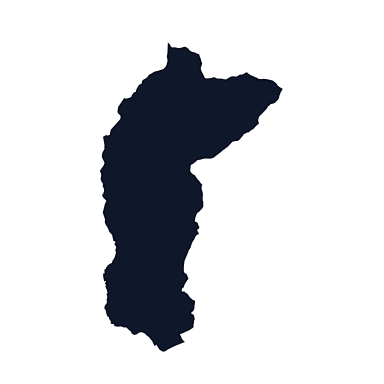 Halmagel, Arad, Romania (Robinson projection), rotated 348°
{"feature_id": "2599482B92000052387360", "entity_name": "Halmagel", "entity_type": "district", "adm_level": 2, "iso_a3": "ROU", "parent_name": "Romania", "parent_adm1": "Arad", "projection": "robinson", "projection_center": [22.664, 46.307], "detail": "fine", "context": "isolated", "style": "filled", "palette": "ink", "viewbox_px": 384, "rotation_deg": 348, "n_neighbors": 0, "source": "geoboundaries", "source_scale": "gbopen_adm2", "svg_char_len": 5922}
<svg xmlns="http://www.w3.org/2000/svg" viewBox="0 0 384 384"><g transform="rotate(348 192 192)"><path d="M271.0,138.4L270.9,137.3L270.7,135.7L271.4,134.2L272.4,132.2L273.0,131.5L275.3,130.0L278.2,128.1L279.8,127.0L282.3,125.1L283.9,123.1L285.3,122.9L286.4,121.9L287.3,121.6L289.0,121.6L289.8,121.7L291.8,121.1L292.4,120.5L294.5,119.3L296.0,117.7L296.8,115.6L297.8,114.3L299.1,112.2L300.2,111.3L300.4,110.7L301.1,110.0L300.5,109.5L298.7,107.8L297.4,106.3L297.0,105.4L296.6,104.1L295.3,102.2L294.1,100.9L293.6,100.4L292.8,99.9L291.7,99.5L289.4,98.3L288.3,97.9L285.8,97.0L284.3,96.8L283.3,96.8L281.3,96.2L279.8,95.6L279.0,94.5L277.2,93.4L276.6,92.9L275.8,92.3L272.9,90.4L272.0,89.2L270.0,87.0L267.8,87.8L265.3,88.5L264.7,88.2L263.5,88.0L262.8,88.0L260.1,89.1L259.3,89.1L257.9,88.7L256.4,88.1L254.5,88.0L253.0,88.3L252.0,88.6L249.2,89.7L248.2,89.6L246.2,88.9L245.1,88.4L244.5,88.1L243.5,87.8L242.5,87.6L241.6,87.4L240.7,87.2L240.0,86.9L239.3,86.6L238.5,85.9L237.9,85.4L237.7,85.2L237.3,85.2L236.7,85.1L236.2,85.0L235.7,85.2L234.5,85.3L231.2,85.0L230.5,84.9L228.7,84.3L227.5,83.5L227.2,81.7L226.7,79.6L226.2,77.8L225.6,76.2L225.6,74.9L225.6,74.0L225.2,73.3L225.9,71.9L227.0,69.9L227.9,68.2L227.8,67.2L227.6,66.5L227.6,65.5L227.4,64.5L227.6,63.5L227.3,63.0L227.2,62.5L227.1,61.4L227.0,61.0L226.9,60.0L227.0,59.6L226.7,59.1L226.1,58.8L224.8,57.9L223.2,56.7L221.4,55.9L220.9,55.7L219.6,54.6L218.9,53.8L218.1,53.0L217.8,51.7L216.5,50.4L215.9,49.6L215.0,49.2L214.3,49.1L213.4,49.2L212.6,49.4L211.8,49.3L210.9,49.3L210.1,49.5L209.4,49.4L208.1,49.0L207.3,48.7L206.5,48.2L205.7,47.9L205.2,47.7L203.0,47.2L202.2,47.1L201.6,46.9L201.4,46.4L201.0,45.9L200.5,44.5L200.5,43.9L200.4,43.4L199.8,42.5L197.7,50.8L196.3,54.4L196.2,58.6L194.5,62.1L192.6,64.8L189.8,66.5L184.7,67.1L180.5,67.2L176.6,68.6L175.0,68.9L173.6,70.0L172.7,71.0L170.2,72.1L167.8,72.8L166.9,73.5L166.4,75.0L165.4,76.4L163.2,76.7L161.9,77.8L160.3,79.6L159.8,80.3L159.1,81.2L158.8,82.6L157.8,83.2L156.1,83.2L155.2,84.2L154.5,84.7L153.7,85.6L152.8,87.2L149.6,87.7L146.6,87.7L145.2,87.0L138.2,93.8L136.5,98.1L136.8,99.5L138.7,102.2L138.2,105.3L136.8,106.9L126.1,114.7L125.0,117.2L124.4,119.0L123.8,119.7L121.4,120.1L119.6,119.3L117.2,120.1L116.9,128.3L116.2,130.1L116.4,131.2L115.6,132.6L113.4,135.0L112.1,137.7L112.0,139.9L113.2,144.4L113.0,146.1L111.9,147.9L107.2,152.4L107.1,153.3L107.7,154.3L107.5,156.7L106.9,158.4L106.1,160.5L106.1,161.6L106.4,162.8L107.4,165.0L107.0,166.9L106.6,167.9L107.3,170.2L106.9,173.4L106.0,174.4L105.7,175.4L104.2,176.6L104.4,178.0L105.5,179.8L106.8,181.9L107.6,182.6L104.9,186.1L101.2,193.7L101.8,198.9L102.0,201.0L101.2,203.4L101.3,204.6L101.6,206.4L102.2,207.3L103.1,210.4L103.6,213.6L105.7,217.2L105.7,223.0L106.7,223.5L107.7,225.6L107.7,225.8L106.1,226.9L106.2,227.3L107.3,230.0L105.6,233.3L105.9,235.3L103.7,239.8L102.1,241.7L100.3,243.5L99.9,244.5L99.7,245.4L99.4,245.6L97.9,245.6L97.0,246.0L96.0,246.3L94.7,246.8L94.2,247.8L92.7,248.6L92.9,249.7L93.0,250.0L90.8,250.3L90.3,254.2L88.7,254.1L88.3,256.4L88.2,260.3L90.0,260.2L89.8,263.5L88.7,263.3L88.7,263.9L89.4,264.0L89.3,265.8L88.9,266.1L88.4,266.8L88.6,267.9L89.2,270.0L89.1,272.1L89.4,273.2L87.9,274.6L88.1,275.7L88.1,277.6L87.4,278.5L86.8,280.2L86.7,281.0L86.9,281.7L87.2,282.0L86.9,282.2L86.8,282.3L86.4,282.9L85.5,283.9L84.0,285.4L83.7,285.7L83.2,286.5L82.9,287.9L83.8,288.6L83.7,289.6L83.7,292.6L83.8,293.3L83.8,294.4L84.1,295.7L84.4,295.7L84.9,296.3L85.8,296.7L85.2,298.1L86.1,300.7L86.6,301.7L86.0,303.4L89.4,304.9L88.9,306.4L88.9,306.5L90.7,306.8L90.6,307.3L91.8,307.5L92.9,307.8L93.9,307.8L94.3,307.5L95.6,308.5L95.7,308.4L97.9,309.8L98.2,309.9L98.9,309.7L99.8,310.0L100.3,310.5L101.2,311.8L102.2,313.4L103.4,314.7L104.0,315.7L104.1,316.8L104.2,317.3L105.5,318.7L105.9,319.1L107.0,319.0L107.5,319.0L108.0,319.0L108.5,318.9L109.0,318.6L109.6,318.3L110.5,318.0L111.2,317.8L111.4,317.6L112.1,317.6L112.6,317.7L113.3,318.0L114.3,318.2L115.1,318.6L116.2,319.6L117.2,320.1L117.8,321.2L118.1,321.8L118.5,322.5L119.2,323.2L120.3,324.6L121.0,325.3L121.1,326.1L121.6,327.2L122.5,328.6L122.8,329.3L123.7,333.3L123.9,333.9L125.3,332.9L126.1,333.4L127.2,336.9L128.1,339.0L129.7,340.6L130.9,341.5L132.7,341.4L135.9,340.1L141.8,338.6L143.6,338.2L152.6,336.7L151.6,335.2L150.9,333.5L150.5,331.3L149.9,329.3L149.9,327.9L154.3,327.3L156.6,326.6L159.5,326.2L163.1,324.8L164.3,324.4L164.9,323.6L165.2,320.6L165.9,320.5L166.4,318.3L167.6,316.6L167.5,315.8L167.4,315.0L167.0,314.6L167.7,313.7L166.6,312.0L166.0,311.8L165.0,310.6L164.9,310.1L165.1,309.6L167.4,308.4L168.6,307.4L169.4,305.9L169.8,304.5L170.1,303.5L170.9,301.5L171.5,299.3L170.0,298.5L168.3,296.3L167.2,294.8L166.7,293.2L165.7,291.3L165.0,290.1L164.4,289.9L163.7,289.8L163.6,288.9L163.4,288.3L162.4,288.4L160.9,287.7L160.6,287.3L160.7,285.8L161.1,284.8L161.9,283.6L162.1,283.4L163.0,283.3L163.8,282.5L165.0,280.4L167.2,278.1L168.3,276.9L169.4,276.2L169.7,275.5L168.9,271.4L167.3,270.3L166.7,268.2L167.5,264.3L168.0,262.2L169.7,257.5L171.2,255.3L174.4,250.7L176.2,247.8L178.1,246.1L180.4,242.0L182.2,239.8L183.8,238.3L185.4,236.0L187.1,234.5L188.9,234.0L189.3,233.6L188.9,232.9L188.3,230.7L188.5,229.4L190.6,228.7L191.1,227.6L190.5,226.1L190.5,224.1L189.7,223.0L188.3,222.1L187.5,222.0L188.3,219.7L190.0,216.1L191.1,214.5L192.4,212.9L194.5,212.1L195.9,211.1L197.5,210.1L199.3,208.4L200.2,204.2L200.0,202.0L200.6,199.2L201.2,197.6L201.6,194.6L201.4,192.8L201.3,190.4L202.0,188.1L202.7,187.0L201.6,185.3L200.6,182.8L199.7,181.6L197.5,176.5L195.9,175.2L194.7,173.7L193.8,170.8L194.8,167.9L195.6,165.3L196.7,164.4L198.4,164.0L200.6,163.0L203.5,161.3L204.8,161.1L206.0,161.3L206.6,161.4L208.9,161.1L211.9,161.2L217.3,162.5L220.0,162.2L225.4,159.6L229.2,157.8L229.5,157.2L231.8,156.5L234.6,155.1L236.5,154.2L239.6,152.0L241.7,150.5L245.0,150.4L247.2,150.8L249.1,150.0L253.5,146.5L254.3,145.5L258.7,144.5L259.7,144.6L260.2,144.5L261.0,143.7L265.0,142.3L267.7,140.3L271.0,138.4Z" fill="#0f172a" stroke="#020617" stroke-width="1.5"/></g></svg>